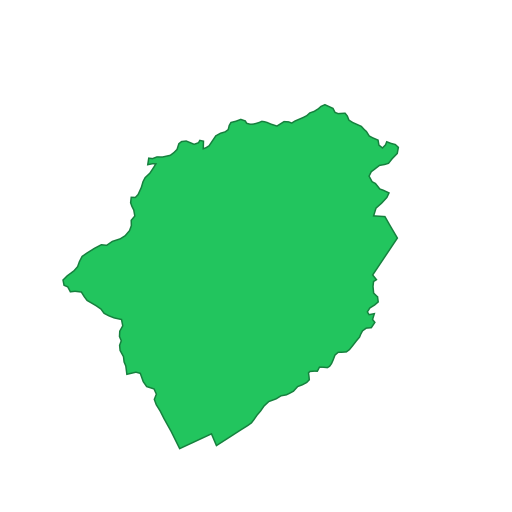 the district of Temerloh, Pahang, Malaysia, rotated 58°
{"feature_id": "92858781B90183149437098", "entity_name": "Temerloh", "entity_type": "district", "adm_level": 2, "iso_a3": "MYS", "parent_name": "Malaysia", "parent_adm1": "Pahang", "projection": "natural_earth1", "projection_center": [102.238, 3.618], "detail": "fine", "context": "isolated", "style": "filled", "palette": "green", "viewbox_px": 512, "rotation_deg": 58, "n_neighbors": 0, "source": "geoboundaries", "source_scale": "gbopen_adm2", "svg_char_len": 2745}
<svg xmlns="http://www.w3.org/2000/svg" viewBox="0 0 512 512"><g transform="rotate(58 256 256)"><path d="M171.6,112.5L164.2,117.4L163.6,121.6L164.2,125.1L164.2,130.0L163.2,134.6L163.9,138.5L163.6,142.3L162.2,151.4L162.2,155.3L159.6,157.2L156.9,161.0L156.9,167.1L156.9,169.4L151.9,173.6L148.7,175.8L146.6,177.7L144.9,179.7L144.5,182.4L143.6,185.8L142.6,188.7L141.1,191.2L138.5,193.6L135.8,193.5L132.1,196.5L131.1,201.5L129.5,206.5L131.1,209.5L134.1,212.6L134.4,216.4L133.1,221.0L132.8,226.4L134.8,230.9L137.7,237.4L137.7,240.9L137.1,243.9L130.8,239.7L128.2,242.4L129.5,244.7L128.5,249.3L125.2,251.6L121.5,254.3L119.5,258.5L119.9,261.9L123.8,266.5L124.8,270.7L125.2,275.3L122.5,282.9L119.5,287.5L118.6,292.1L116.2,295.1L121.2,299.4L122.9,294.8L124.8,292.1L126.5,295.5L129.5,302.0L130.8,308.5L133.1,312.4L137.1,316.9L141.4,323.4L142.4,327.3L140.1,330.7L144.4,334.1L148.0,334.9L152.3,335.3L157.9,337.6L159.6,342.9L164.2,345.6L167.5,349.8L169.5,356.3L169.5,362.0L167.5,370.1L167.8,377.0L164.5,381.2L163.9,388.8L163.9,397.6L164.2,403.7L167.2,408.7L170.5,412.9L172.1,418.2L172.8,426.7L174.1,432.4L179.1,434.3L182.4,432.0L188.0,432.4L190.0,428.2L194.0,423.2L199.6,423.2L204.2,422.8L208.5,420.5L213.5,417.9L218.8,415.6L224.1,415.2L228.7,412.5L233.3,409.1L238.6,403.7L244.6,406.0L247.6,411.4L251.9,414.4L256.5,415.2L259.5,419.0L264.1,421.3L271.1,421.7L276.0,424.0L280.3,424.7L287.9,428.2L290.9,419.4L294.2,416.3L302.8,418.2L308.8,417.9L314.7,412.9L320.4,413.7L323.7,418.2L329.3,419.4L336.6,419.4L345.5,420.2L359.7,420.9L378.9,422.8L383.2,388.0L395.8,390.0L395.4,360.5L395.4,356.7L395.4,352.9L395.1,348.3L393.5,344.1L391.5,339.5L389.8,334.1L387.5,328.8L386.2,322.3L387.8,314.6L387.8,308.9L389.8,303.9L390.2,300.5L390.5,295.9L388.8,289.8L389.8,284.8L390.1,279.9L389.2,276.4L386.2,274.9L382.9,273.4L382.5,271.5L384.5,267.6L386.2,265.0L383.9,261.1L385.8,258.1L388.5,254.6L388.5,252.0L387.2,248.9L384.9,245.5L381.9,241.6L381.2,237.4L383.2,234.0L385.2,230.2L384.9,226.4L383.2,221.4L381.2,216.0L379.6,211.1L377.9,208.8L375.9,205.3L375.6,200.7L377.9,196.2L375.3,190.4L371.6,190.8L367.6,186.2L365.7,191.2L362.4,191.2L360.4,187.0L360.4,181.3L359.7,176.7L354.9,174.5L354.4,174.8L349.8,175.9L343.8,172.9L339.9,169.8L339.9,166.4L333.9,167.1L315.7,126.6L300.8,126.2L290.9,125.8L284.3,135.0L279.0,128.9L277.7,121.3L275.7,114.0L273.0,109.8L267.7,113.2L264.8,115.5L257.8,116.3L254.5,118.2L248.2,117.8L245.6,113.6L244.6,103.3L246.6,98.3L247.6,94.5L245.6,88.8L243.9,81.9L239.3,77.7L235.3,78.8L232.0,81.9L228.4,84.6L230.4,87.3L231.4,91.5L227.1,93.0L222.4,91.1L217.5,94.5L214.2,96.4L208.9,96.4L206.2,97.2L201.9,98.0L198.0,100.6L194.0,103.3L190.0,105.2L185.7,104.4L182.1,104.8L178.8,110.9L176.1,112.9L171.6,112.5Z" fill="#22c55e" stroke="#15803d" stroke-width="1.5"/></g></svg>